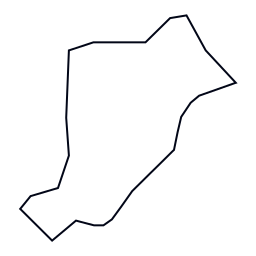 Eunpyeong-gu, Seoul, South Korea
{"feature_id": "91817680B53616587081026", "entity_name": "Eunpyeong-gu", "entity_type": "district", "adm_level": 2, "iso_a3": "KOR", "parent_name": "South Korea", "parent_adm1": "Seoul", "projection": "natural_earth1", "projection_center": [126.934, 37.609], "detail": "fine", "context": "isolated", "style": "outline", "palette": "ink", "viewbox_px": 256, "rotation_deg": 0, "n_neighbors": 0, "source": "geoboundaries", "source_scale": "gbopen_adm2", "svg_char_len": 466}
<svg xmlns="http://www.w3.org/2000/svg" viewBox="0 0 256 256"><path d="M20.2,208.9L52.1,240.6L76.0,220.6L80.8,221.9L93.9,225.3L103.5,225.3L111.9,219.4L121.4,206.4L132.2,191.1L150.1,173.4L159.7,164.0L172.2,151.6L174.0,149.9L177.6,132.2L181.2,116.9L190.7,102.7L199.1,95.7L234.8,83.1L235.8,82.8L205.7,50.4L186.5,15.4L170.1,18.1L145.5,42.3L93.5,42.3L68.9,50.4L66.2,117.8L68.9,155.6L58.0,188.0L30.6,196.1L20.2,208.9Z" fill="none" stroke="#020617" stroke-width="2"/></svg>